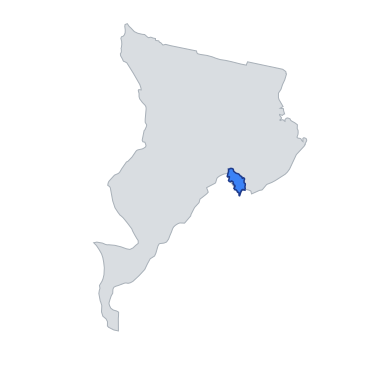 Donga-Mantung, Nord-Ouest, Cameroon (highlighted), rotated 192°
{"feature_id": "32672807B54432963078560", "entity_name": "Donga-Mantung", "entity_type": "district", "adm_level": 2, "iso_a3": "CMR", "parent_name": "Cameroon", "parent_adm1": "Nord-Ouest", "projection": "orthographic", "projection_center": [10.802, 6.688], "detail": "fine", "context": "in_parent", "style": "filled", "palette": "blue", "viewbox_px": 384, "rotation_deg": 192, "n_neighbors": 0, "source": "geoboundaries", "source_scale": "gbopen_adm2", "svg_char_len": 5792}
<svg xmlns="http://www.w3.org/2000/svg" viewBox="0 0 384 384"><g transform="rotate(192 192 192)"><path d="M91.1,262.0L91.9,260.0L97.7,250.3L101.3,234.8L102.9,231.2L104.6,228.7L112.9,220.5L116.0,217.9L120.5,214.9L123.7,208.8L124.7,208.2L126.2,207.7L133.3,202.5L133.9,203.5L134.4,204.8L134.9,205.3L137.2,205.7L140.4,205.7L142.2,205.4L143.2,204.3L144.2,201.5L144.8,200.9L145.5,200.8L149.0,202.8L154.7,208.4L156.1,209.4L156.8,210.5L158.0,215.6L158.7,216.9L159.9,217.4L162.2,217.1L164.5,216.2L166.5,214.8L168.5,213.2L169.9,211.6L170.5,210.5L170.8,206.3L171.2,205.4L178.6,199.3L178.4,198.8L177.2,197.1L176.1,195.2L177.2,193.3L178.4,191.8L182.7,186.7L182.9,183.1L186.3,177.3L188.3,169.8L188.3,168.3L192.8,160.0L197.5,159.2L199.3,158.0L201.4,155.9L202.7,154.0L203.3,152.2L203.8,148.6L204.6,144.6L205.1,141.1L206.5,137.8L208.8,136.2L212.9,134.8L213.5,134.1L214.1,132.0L214.6,124.8L215.3,121.6L219.0,118.0L220.7,112.3L222.1,106.4L226.3,99.3L231.3,92.2L233.6,90.3L235.5,89.4L237.8,89.3L239.3,88.7L244.7,85.2L246.9,84.0L248.5,82.7L248.9,81.7L249.1,80.1L248.5,76.5L249.4,73.8L249.9,69.6L250.1,66.4L249.9,65.3L248.8,63.4L247.2,61.4L244.5,60.2L240.8,59.9L238.8,59.2L238.1,55.5L237.8,53.1L235.1,40.8L239.8,40.8L245.4,42.3L246.9,43.4L247.7,47.6L249.7,50.0L253.3,51.9L255.6,55.9L256.6,62.1L258.6,65.7L259.1,66.3L262.0,73.3L262.2,76.5L262.0,78.6L263.1,81.3L261.5,85.9L261.0,88.7L260.9,92.7L262.0,99.6L263.8,105.0L265.6,109.3L267.6,112.7L270.9,116.4L274.4,119.8L277.6,121.9L274.7,123.2L268.9,123.4L265.6,122.7L264.0,122.7L262.4,123.1L256.3,123.8L250.0,123.6L244.3,122.8L240.8,122.9L238.1,125.0L235.9,128.2L233.9,130.6L234.6,133.4L236.2,134.9L239.2,138.2L241.9,141.4L243.3,143.5L248.7,148.2L253.9,152.4L256.4,153.9L257.3,154.2L260.1,156.6L264.0,160.5L267.7,166.8L272.8,179.2L273.9,180.3L275.7,180.9L275.9,182.2L275.8,184.2L275.2,185.8L271.3,192.4L267.8,194.9L266.8,196.5L265.5,200.3L262.4,207.7L261.0,208.8L257.9,213.8L255.3,220.2L254.7,221.2L253.6,222.0L250.0,223.6L248.7,224.4L246.8,226.4L246.6,227.7L247.5,229.5L248.5,230.9L250.5,230.9L251.5,232.3L251.6,242.1L250.7,243.6L250.8,244.2L250.3,245.9L250.2,247.8L250.5,248.6L251.2,249.2L252.3,250.5L252.9,253.5L254.2,264.1L254.8,265.8L255.8,267.0L259.1,269.2L262.5,272.2L263.6,274.2L264.3,277.4L265.6,279.9L265.6,280.8L265.0,281.1L262.9,281.3L263.6,283.2L265.4,286.3L274.2,296.1L282.6,304.8L284.6,305.4L286.0,305.6L286.7,306.1L287.4,307.3L290.2,310.5L290.8,312.3L290.2,314.1L290.8,316.8L291.3,317.8L291.1,318.7L291.4,322.0L292.2,324.9L293.5,327.4L293.3,329.1L291.7,330.1L290.8,331.7L290.5,334.0L291.0,336.7L292.2,340.0L292.3,341.9L290.3,343.2L288.0,341.0L285.5,339.5L281.8,336.9L278.1,336.0L273.2,335.9L271.1,336.2L267.6,334.2L266.4,333.9L264.8,334.8L263.7,334.8L262.3,334.5L259.6,334.5L259.3,333.0L258.8,332.7L255.9,332.9L255.0,331.7L254.6,331.8L253.4,331.4L251.0,329.7L248.5,330.9L243.2,330.7L216.9,330.9L216.2,329.2L214.9,328.4L212.5,328.3L205.6,328.7L200.2,328.4L196.6,327.8L192.1,327.4L186.6,327.7L180.9,327.7L170.8,327.3L165.2,327.4L165.3,328.4L165.0,329.1L164.7,330.9L128.8,330.9L125.9,329.6L125.0,328.9L124.7,327.4L124.1,327.2L124.6,321.0L125.8,315.8L126.3,311.0L128.0,306.7L127.1,302.4L126.1,300.5L120.7,294.5L123.2,292.2L119.9,292.5L119.2,290.3L117.6,287.6L118.6,287.1L119.5,285.7L122.5,286.1L122.4,285.4L119.8,283.1L120.1,282.0L121.1,280.7L120.6,280.2L118.8,281.5L117.5,281.4L116.4,280.6L115.7,280.4L116.1,282.2L115.1,283.7L114.1,284.3L112.5,284.2L111.1,283.8L110.7,282.9L109.5,282.2L105.9,281.1L102.9,279.7L102.3,276.0L101.1,274.4L100.6,272.6L100.3,270.6L100.7,267.4L100.0,266.9L99.1,266.7L97.8,266.9L96.6,266.7L95.2,265.0L93.9,264.3L94.7,267.5L93.8,268.4L91.6,268.1L90.7,266.9L90.5,266.0L91.5,262.1L91.1,262.0Z" fill="#d9dde1" stroke="#a8b0b8" stroke-width="1"/><path d="M160.8,214.6L160.7,214.5L160.4,214.2L160.2,214.1L159.7,214.3L159.6,214.6L159.4,214.7L159.1,214.7L158.9,214.7L158.6,214.7L158.5,214.4L158.5,213.6L158.5,212.6L158.5,211.8L158.7,211.0L158.7,210.9L158.4,210.7L158.2,210.4L157.9,210.1L157.7,210.0L157.1,210.0L157.0,209.9L156.8,209.9L156.6,210.2L156.1,210.6L155.8,210.9L155.7,210.8L155.4,210.8L155.4,210.7L155.2,210.8L154.7,210.7L154.6,210.8L153.8,210.3L153.8,210.2L153.6,209.4L153.7,209.0L153.7,208.8L153.5,208.6L153.4,208.6L153.3,208.9L153.2,208.8L153.0,208.6L152.7,207.9L152.2,207.5L151.8,207.5L151.7,207.5L151.6,207.3L151.3,207.1L151.1,206.6L151.1,206.3L151.1,206.1L151.3,206.1L151.2,205.8L151.8,204.4L151.8,204.2L151.7,204.1L151.2,203.9L150.9,203.7L150.7,203.5L150.7,203.4L150.5,203.5L150.4,203.5L150.3,203.4L150.2,203.3L149.9,203.5L149.6,203.4L149.3,203.3L149.2,203.1L149.0,202.8L148.9,202.7L148.6,202.7L148.3,202.5L148.1,202.2L147.7,202.0L147.5,201.8L147.5,201.4L146.9,201.1L146.8,201.3L146.3,201.1L146.2,201.1L145.4,200.4L145.6,199.8L145.6,199.6L145.4,199.2L145.4,198.7L145.2,198.5L145.0,198.4L144.9,198.2L144.7,198.2L144.6,198.3L144.6,198.8L144.5,199.4L144.5,199.9L144.5,200.1L144.4,200.2L144.4,200.8L144.3,201.1L144.4,201.4L144.2,202.5L144.1,202.9L144.1,203.1L143.9,203.2L143.9,203.4L143.8,204.0L143.6,204.2L143.5,204.5L143.1,204.5L142.9,204.6L142.7,204.7L142.6,204.8L142.6,205.1L142.3,205.1L141.9,204.7L141.0,204.8L140.9,204.8L140.6,204.8L140.8,205.7L140.7,206.7L141.3,207.9L141.3,209.3L141.4,210.1L141.4,210.4L141.7,211.3L141.9,211.4L142.7,211.7L143.1,212.3L143.2,213.1L143.4,213.6L143.4,214.4L143.3,215.1L143.3,215.6L143.5,216.1L144.1,216.5L144.6,216.6L145.4,215.9L146.0,216.2L146.1,216.9L146.7,217.4L146.8,217.5L147.6,217.7L148.5,218.0L148.9,218.5L149.0,218.6L149.6,219.1L150.8,219.5L151.1,219.5L151.6,219.4L153.2,219.7L154.7,220.5L155.5,220.9L155.7,221.3L156.4,222.9L156.6,222.9L156.9,223.0L157.6,223.3L157.8,223.3L158.8,223.2L159.6,222.9L159.8,222.5L160.3,222.2L161.1,222.0L161.0,221.7L160.9,221.2L160.5,219.7L160.6,219.2L160.6,218.6L160.7,217.3L160.8,214.6Z" fill="#3b82f6" stroke="#1e3a8a" stroke-width="1.5"/></g></svg>